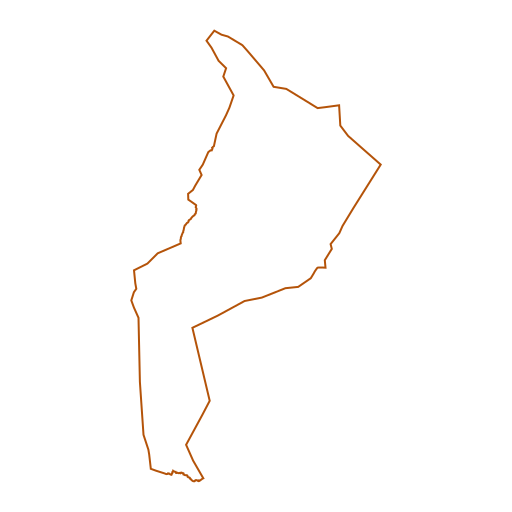 Tonkhil, Govi-Altay, Mongolia
{"feature_id": "93677404B45605151129701", "entity_name": "Tonkhil", "entity_type": "district", "adm_level": 2, "iso_a3": "MNG", "parent_name": "Mongolia", "parent_adm1": "Govi-Altay", "projection": "orthographic", "projection_center": [93.425, 45.796], "detail": "fine", "context": "isolated", "style": "outline", "palette": "amber", "viewbox_px": 512, "rotation_deg": 0, "n_neighbors": 0, "source": "geoboundaries", "source_scale": "gbopen_adm2", "svg_char_len": 4252}
<svg xmlns="http://www.w3.org/2000/svg" viewBox="0 0 512 512"><path d="M150.8,468.8L153.8,469.9L156.0,470.7L164.5,473.4L166.3,474.1L167.8,473.9L168.0,473.8L168.1,473.7L168.1,473.4L168.3,473.4L168.5,473.4L168.5,473.5L168.8,473.6L169.0,473.7L169.4,473.8L169.6,474.0L169.8,474.1L170.1,474.3L170.4,474.4L170.5,474.4L170.7,474.5L170.8,474.6L171.0,474.7L171.2,474.8L171.3,474.8L171.3,474.7L171.4,474.4L171.6,474.2L171.8,474.0L171.9,473.9L172.0,473.8L172.0,473.7L171.9,473.5L171.9,473.4L172.1,473.3L172.3,473.2L172.4,472.9L172.4,472.6L172.4,472.4L172.4,472.2L172.5,472.2L172.8,471.9L172.8,471.7L173.0,471.4L173.0,471.2L173.1,470.9L173.2,471.0L173.4,471.2L173.5,471.3L173.8,471.3L174.0,471.3L174.3,471.5L174.5,471.6L174.8,471.7L175.2,471.8L175.4,471.9L175.5,471.9L175.5,472.0L175.6,472.3L175.8,472.5L176.0,472.7L176.0,472.8L176.1,473.0L176.4,473.0L176.5,472.9L176.8,472.8L176.9,472.7L177.0,472.7L177.3,472.7L177.5,472.8L177.8,472.9L177.9,473.0L178.1,473.0L178.4,473.1L178.5,473.1L178.8,473.2L179.1,473.1L179.5,473.0L179.7,472.9L179.8,472.9L180.0,472.9L180.1,473.1L180.3,473.2L180.4,473.3L180.5,473.3L180.6,473.2L180.8,472.8L180.9,472.7L181.0,472.7L181.3,472.6L181.5,472.6L182.0,472.8L182.2,473.0L182.3,473.0L182.5,473.1L182.7,473.3L182.8,473.3L182.9,473.2L183.0,473.2L183.3,473.2L183.5,473.3L183.6,473.5L183.6,473.9L183.5,474.1L183.5,474.3L183.5,474.5L183.8,474.6L184.0,474.6L184.4,474.9L184.6,475.0L184.9,475.1L185.1,475.1L185.3,475.2L185.9,475.2L186.3,475.2L186.6,475.2L186.8,475.2L187.0,475.3L187.3,475.5L187.5,475.9L187.5,476.0L187.5,476.3L187.5,476.5L187.8,476.6L187.9,476.8L187.9,477.0L188.1,477.2L188.3,477.3L188.6,477.4L188.9,477.4L189.3,477.5L189.6,477.6L189.8,477.8L189.8,478.0L189.9,478.3L190.0,478.3L190.2,478.5L190.3,478.8L190.4,479.0L190.5,479.1L190.8,479.3L191.0,479.3L191.1,479.5L191.3,479.7L191.4,479.8L191.5,480.0L191.9,480.3L192.0,480.4L192.2,480.6L192.5,480.8L192.8,481.0L193.0,481.1L193.5,481.2L193.9,481.3L194.3,481.3L194.5,481.2L194.8,481.1L194.9,480.9L194.9,480.7L195.0,480.6L195.3,480.3L195.6,480.2L195.8,480.1L196.1,480.1L196.5,480.1L196.8,480.2L196.9,480.3L197.0,480.4L197.1,480.5L197.4,480.6L197.5,480.5L197.8,480.5L198.0,480.8L198.1,481.0L198.3,481.1L198.5,481.1L198.7,480.9L198.6,480.7L198.6,480.4L198.9,480.3L199.0,480.3L199.3,480.5L199.6,480.8L202.6,478.6L202.8,478.5L203.1,478.4L203.3,478.3L193.1,460.6L186.1,444.8L202.1,415.3L209.7,400.8L192.4,327.8L217.6,315.7L244.6,301.0L261.8,297.6L285.4,288.2L298.2,286.9L310.8,278.2L313.6,273.6L314.8,271.4L316.3,269.2L317.3,267.9L317.9,267.6L319.3,267.5L322.1,267.5L325.5,267.7L324.8,260.2L331.8,248.9L330.6,244.1L339.3,233.2L340.6,230.3L342.5,226.0L353.5,207.9L380.7,164.6L348.1,135.9L340.3,125.6L339.1,105.3L325.0,107.2L317.6,108.1L286.3,88.9L273.6,86.8L264.1,70.4L247.1,50.5L242.4,45.2L227.9,36.5L221.5,34.7L214.3,30.7L206.5,40.7L211.5,47.7L218.6,60.8L226.1,68.2L223.3,76.6L233.6,95.4L233.6,95.5L229.4,107.7L226.0,115.3L216.6,133.6L213.9,146.2L212.7,147.1L212.4,147.6L212.1,147.8L212.2,148.1L212.5,148.5L212.1,149.6L211.7,150.4L211.1,150.3L210.6,150.3L208.3,152.1L202.8,164.6L199.3,169.8L201.6,175.0L195.3,185.5L192.9,190.0L188.1,193.8L188.3,199.6L196.1,205.1L196.2,205.5L195.7,207.2L196.4,208.4L196.6,209.0L196.2,209.6L196.4,210.5L196.3,210.9L196.1,211.2L196.0,211.5L195.9,212.1L195.8,212.9L195.7,213.5L195.2,213.9L195.1,214.0L194.7,214.4L194.7,214.8L194.4,215.3L193.9,215.6L193.4,215.9L193.0,216.2L192.7,216.5L192.4,216.7L191.9,217.4L191.6,217.7L191.3,218.0L191.1,218.3L190.9,218.9L190.5,219.2L189.7,219.7L188.9,220.2L188.6,220.7L188.5,220.9L188.6,221.6L188.2,222.1L187.8,222.6L187.6,222.7L187.4,222.7L187.0,222.9L186.6,223.4L186.3,223.7L186.2,224.0L185.5,224.9L185.0,225.2L184.7,225.5L184.6,225.8L184.6,226.0L184.5,226.3L184.4,226.8L184.1,227.3L184.0,228.0L183.7,229.7L183.5,230.6L183.2,231.1L183.2,232.2L183.1,232.3L182.8,232.7L182.6,233.0L182.5,233.3L182.3,233.8L182.1,234.2L182.0,234.6L181.8,235.0L181.7,235.3L181.6,235.7L181.5,236.2L181.5,236.3L181.2,236.6L180.9,237.3L180.9,238.1L180.7,239.2L180.4,240.0L180.5,241.7L180.6,242.4L180.7,243.4L157.7,253.3L147.4,263.6L134.0,270.3L135.3,283.3L136.3,288.8L133.9,292.2L131.3,300.4L133.9,307.5L138.5,317.8L139.9,382.0L143.5,434.8L148.4,449.7L149.2,454.6L150.8,468.7L150.8,468.8Z" fill="none" stroke="#b45309" stroke-width="2"/></svg>